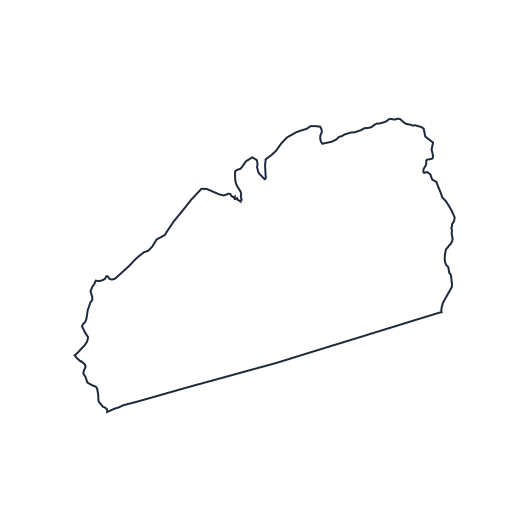 outline of Kongolo, Katanga, Democratic Republic of the Congo, rotated 163°
{"feature_id": "63176286B90330150002289", "entity_name": "Kongolo", "entity_type": "district", "adm_level": 2, "iso_a3": "COD", "parent_name": "Democratic Republic of the Congo", "parent_adm1": "Katanga", "projection": "mercator", "projection_center": [26.751, -5.433], "detail": "fine", "context": "isolated", "style": "outline", "palette": "slate", "viewbox_px": 512, "rotation_deg": 163, "n_neighbors": 0, "source": "geoboundaries", "source_scale": "gbopen_adm2", "svg_char_len": 3972}
<svg xmlns="http://www.w3.org/2000/svg" viewBox="0 0 512 512"><g transform="rotate(163 256 256)"><path d="M288.5,336.2L301.3,328.9L310.5,322.5L324.7,313.0L333.7,305.7L336.9,302.8L342.4,301.6L346.2,300.9L352.6,295.2L357.6,292.5L361.9,292.4L367.7,290.2L372.0,288.3L380.0,283.7L391.0,278.5L397.5,275.5L400.7,275.6L402.5,276.7L403.9,280.1L405.2,280.3L406.9,278.4L409.9,277.7L413.6,277.9L416.5,279.3L418.9,276.3L421.6,274.4L424.6,270.5L424.6,264.4L425.6,261.6L427.8,260.2L429.4,258.0L430.3,256.7L432.8,253.3L436.4,245.8L438.4,243.0L441.2,241.5L443.0,239.6L442.3,235.6L442.0,233.5L440.3,227.4L442.4,223.7L445.8,220.8L450.8,218.0L454.3,215.9L458.5,213.9L457.9,213.1L457.7,211.8L457.7,211.7L454.5,206.3L454.2,206.3L453.8,206.4L451.4,202.4L451.2,200.3L452.7,198.3L454.3,196.4L455.4,194.4L455.3,192.9L454.5,190.6L454.3,186.0L454.3,184.5L453.0,182.9L449.4,179.3L448.6,179.0L447.3,177.5L447.2,177.4L446.7,175.7L447.4,169.6L448.3,166.1L448.9,164.5L448.9,162.6L446.5,156.7L444.7,155.1L443.5,153.5L443.5,152.3L443.5,151.2L443.9,150.4L435.3,151.4L432.1,151.3L426.2,152.1L424.7,152.0L413.4,151.5L409.5,151.4L378.5,150.8L374.0,150.7L373.1,150.7L358.4,150.4L356.1,150.3L354.3,150.3L342.1,149.9L302.9,148.8L298.4,148.7L268.6,147.8L266.0,147.8L265.7,147.8L265.1,147.8L264.6,147.8L262.5,147.8L210.7,148.0L181.2,148.0L176.0,148.0L169.4,148.1L149.0,148.1L144.1,148.1L124.1,148.2L105.7,148.2L97.3,148.2L95.0,147.9L94.7,149.7L93.8,152.0L93.7,152.2L93.1,153.1L91.7,155.3L90.7,156.9L90.3,157.2L83.6,163.6L78.0,168.9L77.8,169.2L77.4,170.1L77.0,171.0L76.0,176.3L75.3,180.3L75.3,180.5L75.4,181.9L76.1,183.1L75.4,189.3L75.7,189.8L76.2,190.8L76.8,192.1L76.9,193.5L77.0,194.8L76.5,197.6L76.0,199.2L75.3,201.3L74.0,203.9L73.1,205.6L72.9,206.0L72.4,206.6L71.6,207.5L70.7,207.8L69.9,208.2L69.7,208.4L69.3,208.8L69.2,208.9L69.2,209.0L68.8,209.3L67.1,210.2L66.8,210.3L66.2,210.6L65.4,211.5L64.4,212.5L64.0,212.9L62.9,215.2L62.3,220.0L62.3,220.3L61.0,223.6L61.0,224.7L61.0,225.8L60.8,226.0L59.8,227.2L59.7,227.6L59.3,228.9L59.2,229.1L58.4,229.7L57.0,230.9L56.7,231.1L55.8,232.6L55.4,233.3L55.0,234.2L54.8,235.0L55.6,241.9L57.0,248.0L58.3,252.5L60.8,257.9L60.8,261.6L61.2,265.6L61.7,271.2L61.8,274.0L65.2,277.7L65.4,281.9L65.4,283.0L67.8,286.3L70.9,286.4L71.4,287.4L70.5,289.9L68.0,292.3L66.7,293.5L65.7,296.1L65.3,297.5L64.4,298.1L61.8,297.8L59.7,297.5L58.7,297.7L57.4,299.8L57.1,303.6L57.0,306.4L54.6,310.7L53.5,312.7L57.7,318.5L59.2,320.8L58.7,325.5L58.5,329.0L60.3,331.1L66.0,334.7L67.6,334.7L68.8,335.6L69.3,336.1L70.5,336.7L71.5,337.2L73.6,338.2L74.2,339.0L75.5,340.3L77.7,344.1L78.1,344.7L80.0,345.8L83.8,346.0L86.6,347.5L87.0,347.7L87.3,347.8L89.2,347.8L92.5,346.6L95.1,346.5L95.4,346.5L98.8,346.6L102.0,347.3L104.7,346.7L106.9,345.9L108.0,345.5L111.0,345.6L115.0,346.5L117.3,346.0L118.9,345.6L119.3,345.6L124.8,345.5L126.3,345.5L128.8,346.3L129.0,346.3L133.5,346.3L135.9,346.3L138.5,345.6L139.2,345.5L139.4,345.5L141.6,345.7L142.7,345.2L145.0,344.0L150.2,343.1L159.8,344.0L160.5,346.5L160.3,349.3L159.2,352.5L156.9,355.1L156.3,357.6L156.8,360.9L160.6,362.6L165.8,364.2L170.4,362.8L173.3,362.8L176.8,362.8L181.2,362.6L191.8,360.3L199.3,356.0L203.5,352.7L206.5,350.5L209.2,349.3L211.5,348.1L218.6,345.6L219.3,343.4L220.5,341.1L222.8,332.3L223.3,330.0L223.6,328.4L224.7,326.9L225.3,326.9L226.7,329.6L227.9,332.0L228.8,333.6L229.3,335.6L229.0,340.7L227.6,343.5L227.2,347.5L230.7,351.4L237.9,349.5L243.5,345.1L245.6,343.9L248.4,343.9L250.8,343.4L251.4,342.5L251.4,342.4L251.6,342.1L252.7,338.3L253.6,334.9L254.0,331.7L253.9,330.5L253.8,329.7L253.8,329.4L253.5,328.0L251.9,321.8L251.9,321.7L252.1,319.5L252.3,319.0L252.4,318.8L253.1,317.4L253.3,314.0L253.3,313.9L254.8,313.6L254.9,312.7L257.2,315.3L257.2,316.4L257.2,316.9L258.1,316.7L259.5,316.5L259.7,316.8L259.8,317.1L259.0,319.1L259.4,319.0L259.9,318.9L260.4,318.8L261.4,320.0L261.5,320.1L262.0,320.6L262.4,322.7L264.0,323.6L266.9,323.4L269.3,323.4L271.7,324.8L272.9,325.5L283.5,334.5L288.5,336.2Z" fill="none" stroke="#1e293b" stroke-width="2"/></g></svg>